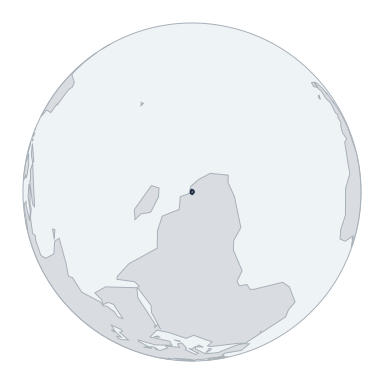 eSwatini on an orthographic globe, rotated 192°
{"feature_id": "SWZ", "entity_name": "eSwatini", "entity_type": "country or territory", "adm_level": 0, "iso_a3": "SWZ", "parent_name": "Africa", "parent_adm1": "", "projection": "orthographic", "projection_center": [31.569, -26.526], "detail": "fine", "context": "on_globe", "style": "filled", "palette": "slate", "viewbox_px": 384, "rotation_deg": 192, "n_neighbors": 0, "source": "natural_earth", "source_scale": "50m", "svg_char_len": 5280}
<svg xmlns="http://www.w3.org/2000/svg" viewBox="0 0 384 384"><g transform="rotate(192 192 192)"><circle cx="192" cy="192" r="169" fill="#eef3f6" stroke="#a8b0b8"/><path d="M24.0,173.8L24.8,171.6L25.0,176.3L24.6,181.3L25.5,179.8L25.6,182.4L31.9,175.7L37.4,176.8L38.7,186.2L37.1,201.3L42.5,227.4L41.4,242.8L45.8,253.6L53.0,272.4L51.8,276.3L56.9,281.0L60.2,287.4L60.7,290.8L64.9,295.5L65.5,297.9L68.0,299.1L75.1,308.1L80.2,311.2L86.9,317.9L90.3,319.5L90.6,320.4L92.5,322.4L94.7,323.7L92.9,324.7L85.4,320.2L80.9,316.4L81.2,317.3L71.1,307.7L73.6,310.6L62.0,299.0L53.0,287.4L39.4,264.6L34.2,252.4L29.9,239.7L26.7,226.8L24.4,213.7L23.2,200.4L23.1,187.1L24.0,173.8ZM97.9,323.9L94.0,325.2L95.3,324.1L91.1,320.3L95.0,320.4L97.9,323.9ZM87.8,313.1L85.9,309.7L86.9,309.8L88.5,312.2L87.8,313.1ZM173.8,24.0L173.6,24.0L171.8,24.3L173.4,24.3L166.5,26.0L161.3,27.0L160.9,26.0L153.5,27.6L155.5,27.0L173.8,24.0ZM347.0,124.8L347.4,125.8L344.9,120.2L345.1,121.7L352.6,141.3L353.6,145.6L352.3,148.3L351.6,144.9L344.9,130.1L346.2,139.4L351.4,153.5L353.2,166.1L350.4,158.7L348.2,147.5L345.8,142.0L344.7,133.3L339.2,118.2L336.2,116.9L334.7,111.9L326.7,98.6L321.4,96.7L314.2,102.7L316.1,115.4L312.3,119.1L300.6,96.4L295.4,84.0L291.1,83.3L279.1,71.1L258.3,65.2L255.4,62.1L251.4,62.5L243.0,58.6L238.5,54.2L233.3,53.8L245.4,65.8L250.9,66.6L255.5,63.4L257.8,67.7L266.0,73.1L256.9,81.2L226.0,86.9L223.1,77.5L200.0,54.4L200.7,52.2L200.3,51.6L198.1,55.1L194.2,51.3L206.5,65.7L208.5,72.6L225.6,87.4L224.0,88.8L229.5,92.3L247.3,91.0L247.4,94.2L238.9,108.6L214.4,129.8L217.7,147.0L216.1,162.2L200.9,172.3L202.5,185.1L194.7,189.7L194.3,197.2L188.2,205.6L177.9,214.1L160.1,216.0L158.8,208.9L149.6,196.4L136.8,167.4L141.1,153.3L139.5,143.7L126.6,125.4L129.4,113.9L126.0,110.2L119.0,112.9L115.1,108.8L110.9,109.8L84.7,122.5L77.0,119.4L68.3,105.9L73.2,96.8L74.5,89.3L108.5,55.1L115.3,53.6L141.6,44.7L144.8,44.7L141.2,49.5L160.5,52.2L167.3,47.6L185.3,49.7L197.6,49.6L202.9,41.4L182.7,41.4L179.7,37.9L196.3,34.8L213.9,36.1L213.3,34.9L202.6,31.7L207.1,30.2L198.9,30.7L201.9,31.8L196.9,32.4L193.8,31.4L195.5,30.8L190.3,30.3L183.5,34.3L185.9,35.9L172.0,37.4L174.5,40.4L170.5,42.3L164.8,38.0L165.7,36.3L154.7,33.8L152.5,35.6L162.8,38.3L159.4,38.4L156.5,41.6L156.0,39.2L145.4,36.5L133.2,40.3L116.8,51.4L109.8,54.4L104.3,55.4L111.0,47.2L125.9,41.4L128.5,39.2L126.2,38.2L130.9,36.8L131.8,35.9L137.5,34.2L146.2,30.7L152.0,29.3L156.1,27.3L159.7,26.6L156.2,27.8L157.0,28.2L171.7,26.1L174.8,25.5L176.2,24.6L180.1,24.5L179.6,23.9L188.4,23.4L177.3,23.8L178.7,23.6L191.0,23.0L203.3,23.4L215.6,24.7L227.7,26.9L239.7,29.9L251.4,33.8L262.7,38.6L273.7,44.1L284.3,50.5L294.4,57.6L303.9,65.4L312.8,73.9L321.1,83.0L328.7,92.7L335.6,103.0L341.7,113.7L347.0,124.8ZM96.4,68.6L95.3,70.8L96.4,68.6ZM232.6,42.8L243.2,45.0L238.5,39.9L242.2,40.5L239.3,38.8L238.1,39.6L230.9,35.3L235.5,35.2L234.3,33.7L230.7,32.9L223.4,34.0L233.6,39.8L231.1,41.1L232.6,42.8ZM131.0,34.5L132.7,34.0L130.2,35.2L122.7,38.3L126.3,36.4L131.0,34.5ZM135.7,33.2L137.4,32.1L142.1,30.6L139.2,31.5L142.1,30.6L138.2,32.0L141.0,32.1L139.0,33.2L126.3,37.5L131.6,35.3L129.6,35.7L135.7,33.2ZM148.7,42.5L151.3,42.3L155.3,41.5L153.6,43.7L148.7,42.5ZM141.3,40.6L143.6,39.9L143.1,42.2L140.5,42.7L141.3,40.6ZM145.4,37.8L143.8,39.7L143.1,38.9L145.4,37.8ZM158.5,27.3L161.0,26.8L159.5,27.5L158.5,27.3ZM199.2,42.6L195.4,44.1L193.7,43.3L195.3,43.0L199.2,42.6ZM173.2,43.1L179.0,43.7L172.7,43.7L173.2,43.1ZM259.8,265.8L260.3,269.2L257.9,268.6L259.8,265.8ZM244.8,162.8L233.0,189.8L225.1,189.1L223.7,180.3L228.2,163.6L237.4,159.9L242.0,153.2L244.8,162.8ZM358.4,213.7L358.4,217.1L358.3,217.8L358.4,213.7ZM358.6,208.4L358.9,211.7L358.3,209.5L358.6,208.4ZM358.9,213.0L359.1,214.8L359.2,215.0L359.0,216.3L358.9,213.0ZM358.3,206.4L354.9,195.2L353.1,189.1L353.9,187.4L356.9,195.0L358.3,206.4ZM353.8,187.0L350.4,173.4L342.8,144.3L345.6,147.5L352.9,168.7L352.6,170.4L354.6,180.0L353.8,187.0ZM360.1,175.0L360.2,177.9L360.8,186.2L360.3,189.3L359.8,195.5L358.3,188.7L357.4,184.9L356.9,174.4L357.2,171.1L358.1,173.5L359.2,168.0L359.9,172.9L360.1,175.0ZM316.8,117.0L320.7,126.8L318.4,126.8L316.8,117.0ZM358.7,164.2L358.7,164.3L358.6,164.1L358.7,164.2ZM349.0,129.7L348.2,128.0L347.3,125.9L347.9,126.8L349.0,129.7ZM304.6,318.0L302.4,319.9L303.5,318.8L309.8,313.1L307.3,315.5L304.6,318.0ZM314.2,308.6L314.0,308.8L317.8,304.5L325.6,295.2L325.1,295.5L328.2,291.8L326.2,293.9L330.8,287.5L334.0,281.9L330.0,275.0L330.8,269.9L334.2,266.2L342.1,248.8L342.2,250.3L346.7,240.3L351.1,242.0L355.4,234.4L353.8,240.5L349.5,253.1L344.3,265.2L338.1,276.9L331.0,288.1L323.0,298.7L314.2,308.6ZM358.4,221.5L358.2,221.3L358.6,219.9L358.4,221.5ZM360.9,196.5L360.9,196.9L360.3,206.4L360.1,208.2L360.8,198.1L360.1,205.1L360.1,203.3L360.6,195.7L360.9,189.3L360.9,187.6L361.0,190.3L360.9,189.5L360.9,194.9L360.9,195.4L360.9,196.5Z" fill="#d9dde1" stroke="#a8b0b8" stroke-width="1"/><path d="M193.0,190.3L193.3,190.5L193.3,190.8L193.3,191.1L193.3,191.3L193.3,191.5L193.3,191.8L193.4,192.0L193.4,192.9L193.2,192.8L193.0,193.3L193.0,193.9L193.0,194.3L192.5,194.3L191.7,194.3L191.2,194.1L190.7,193.7L190.3,193.2L190.2,192.8L190.0,192.7L189.9,192.3L189.9,191.8L190.0,191.7L190.4,191.1L190.6,190.7L190.7,190.4L191.0,190.0L191.4,189.7L191.5,189.7L192.2,190.1L192.8,190.4L193.0,190.3Z" fill="#64748b" stroke="#1e293b" stroke-width="1.5"/></g></svg>